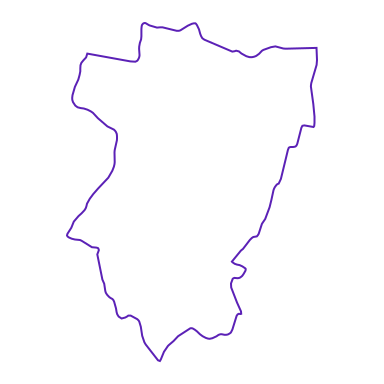 map outline of Tucumán (Robinson projection)
{"feature_id": "ARG-1305", "entity_name": "Tucumán", "entity_type": "Province", "adm_level": 1, "iso_a3": "ARG", "parent_name": "Argentina", "parent_adm1": "", "projection": "robinson", "projection_center": [-65.419, -27.064], "detail": "fine", "context": "isolated", "style": "outline", "palette": "violet", "viewbox_px": 384, "rotation_deg": 0, "n_neighbors": 0, "source": "natural_earth", "source_scale": "10m", "svg_char_len": 3220}
<svg xmlns="http://www.w3.org/2000/svg" viewBox="0 0 384 384"><path d="M145.0,23.0L145.9,23.3L148.9,25.1L149.8,25.5L157.0,27.6L160.4,27.3L162.4,27.3L176.7,30.8L178.6,30.8L179.7,30.6L180.6,30.2L187.8,25.7L191.9,23.8L194.0,23.3L195.4,23.3L196.0,23.8L196.5,24.5L197.0,25.2L199.0,29.4L200.2,33.8L201.1,36.1L202.3,38.2L204.4,39.7L232.3,51.6L234.7,51.2L236.1,50.7L238.9,51.4L241.4,53.5L246.3,56.2L249.3,57.1L251.2,57.2L252.4,57.1L254.2,56.7L255.8,56.1L256.5,55.7L259.1,53.8L261.9,50.8L263.4,49.9L270.9,47.2L275.4,46.4L283.3,48.5L285.7,48.7L316.5,47.9L317.0,60.0L316.6,64.9L311.3,83.0L311.0,85.0L310.9,86.5L313.3,104.0L314.5,116.6L314.5,122.9L314.2,126.0L313.5,127.0L304.3,125.4L302.4,125.8L301.4,127.7L297.3,143.7L296.5,145.5L295.6,146.4L294.9,146.7L293.1,147.0L291.1,147.0L290.0,147.1L288.8,147.7L287.9,150.0L286.0,157.9L280.9,178.9L278.7,183.6L277.9,183.9L277.0,184.4L276.1,185.4L274.8,187.2L274.0,188.8L273.5,190.2L271.4,199.9L269.6,207.2L265.2,219.0L262.6,222.8L261.9,223.9L258.7,233.8L257.7,235.4L256.8,236.4L253.3,237.0L251.8,238.0L249.9,239.9L243.0,248.9L240.9,250.6L231.9,261.6L232.4,262.2L234.7,263.8L237.0,264.6L239.6,265.1L242.4,266.4L245.2,268.3L245.6,268.7L245.7,269.7L245.6,270.1L245.3,271.0L243.5,274.1L242.5,275.5L242.0,276.1L240.6,277.2L240.0,277.6L239.3,277.9L238.4,278.1L237.5,278.2L234.4,277.9L233.4,278.3L232.7,278.8L231.0,283.5L231.2,287.5L237.0,302.5L241.0,311.4L241.2,313.8L240.5,314.0L238.8,313.8L237.6,314.4L236.6,315.9L232.4,329.5L231.0,332.3L230.5,332.9L229.3,333.7L227.8,334.5L226.1,334.8L224.5,334.8L222.1,334.3L221.1,334.2L220.2,334.3L218.5,334.9L216.5,336.3L212.4,338.2L209.7,338.8L208.0,338.6L205.8,337.9L202.6,336.2L199.9,334.2L196.9,331.3L194.8,329.7L192.6,328.4L191.3,328.2L190.3,328.3L178.1,336.2L173.6,341.0L168.8,345.1L167.9,346.0L164.3,351.3L164.0,351.7L160.8,359.5L159.9,361.0L158.0,360.3L145.7,344.5L144.4,342.3L142.2,335.8L140.8,326.7L139.3,321.7L138.7,320.6L137.3,319.2L130.7,315.6L128.3,315.6L127.1,316.5L125.3,317.5L121.6,318.5L118.7,316.6L118.1,315.7L117.2,314.2L116.6,312.1L116.0,308.4L114.1,301.6L113.3,300.0L112.4,299.0L110.4,297.9L109.2,297.0L107.3,295.0L106.4,293.7L105.8,292.7L105.3,291.0L104.2,283.7L102.4,279.6L97.3,254.4L98.8,250.3L98.7,249.4L98.1,248.2L97.1,247.8L96.3,247.6L91.9,247.2L81.5,240.7L79.9,240.0L74.9,239.5L71.7,238.7L68.8,237.4L67.6,236.5L67.0,235.5L67.2,234.6L67.5,233.7L71.3,227.8L73.8,221.6L78.5,216.1L81.5,213.4L84.5,210.2L85.5,208.6L85.9,207.8L86.5,205.9L87.0,203.7L89.8,198.7L93.3,194.0L98.2,188.4L108.3,177.7L112.3,170.8L113.9,166.7L114.5,164.1L114.7,162.1L114.5,152.3L114.7,150.1L116.9,140.3L117.0,138.8L117.0,136.7L116.9,135.0L116.7,133.7L116.3,132.9L116.0,132.1L115.1,130.8L114.5,130.2L113.9,129.6L107.4,126.4L97.9,118.2L92.9,112.8L90.7,111.3L87.5,109.7L83.8,108.5L80.8,108.1L77.6,107.3L75.3,105.6L73.0,102.1L72.3,99.9L72.2,97.9L72.5,95.2L74.9,86.9L78.3,79.6L79.6,74.9L80.3,71.3L80.3,68.6L80.5,65.2L81.4,62.8L83.5,60.2L85.1,58.5L86.1,57.4L87.3,53.6L130.4,61.4L135.4,61.7L136.2,61.3L137.3,60.7L137.9,59.9L138.5,58.8L139.0,57.8L139.3,56.7L139.5,55.7L139.5,54.6L139.1,48.9L139.2,46.6L139.9,42.8L141.1,39.4L141.4,36.3L141.4,29.1L141.6,26.8L141.9,25.2L142.4,24.4L143.1,23.6L144.1,23.1L145.0,23.0Z" fill="none" stroke="#5b21b6" stroke-width="2"/></svg>